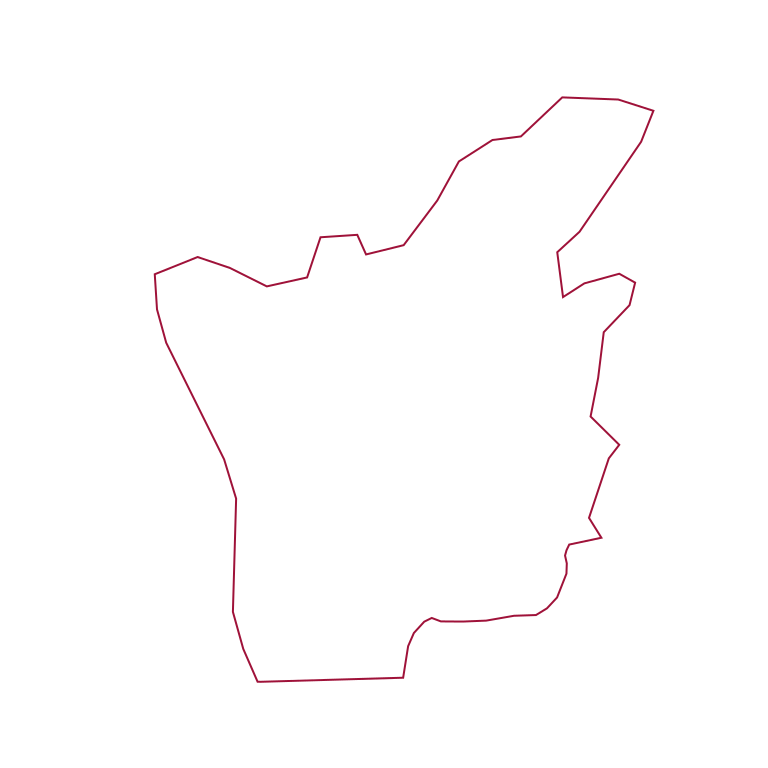 an SVG outline of Mazsalacas, rotated 277°
{"feature_id": "LVA-5791", "entity_name": "Mazsalacas", "entity_type": "Municipality", "adm_level": 1, "iso_a3": "LVA", "parent_name": "Latvia", "parent_adm1": "", "projection": "equal_earth", "projection_center": [25.028, 57.932], "detail": "fine", "context": "isolated", "style": "outline", "palette": "rose", "viewbox_px": 768, "rotation_deg": 277, "n_neighbors": 0, "source": "natural_earth", "source_scale": "10m", "svg_char_len": 859}
<svg xmlns="http://www.w3.org/2000/svg" viewBox="0 0 768 768"><g transform="rotate(277 384 384)"><path d="M377.9,176.3L398.4,162.8L430.4,149.6L465.0,143.1L487.3,183.5L480.4,216.9L466.6,255.8L480.4,294.7L521.9,303.1L528.8,339.3L510.4,350.4L524.2,386.6L572.6,414.5L614.0,431.2L639.4,461.9L646.4,489.7L690.2,526.0L694.9,581.8L688.0,618.1L655.8,609.7L558.9,559.5L535.9,539.9L492.1,551.1L508.3,570.6L522.1,604.1L515.2,620.9L492.2,618.1L462.2,595.8L416.1,595.8L376.9,593.0L352.3,624.9L337.6,616.2L276.1,603.8L257.9,618.5L247.2,587.4L241.2,585.4L235.8,584.6L228.2,587.3L218.0,588.2L193.2,581.8L181.2,573.1L173.2,563.0L169.8,541.3L161.6,514.3L157.8,491.1L155.3,469.4L157.6,459.9L153.0,452.9L140.5,444.0L126.7,439.9L94.8,438.8L73.4,297.9L73.1,294.8L103.9,276.6L139.4,261.8L252.2,251.2L289.7,234.5L377.9,176.3Z" fill="none" stroke="#9f1239" stroke-width="2"/></g></svg>